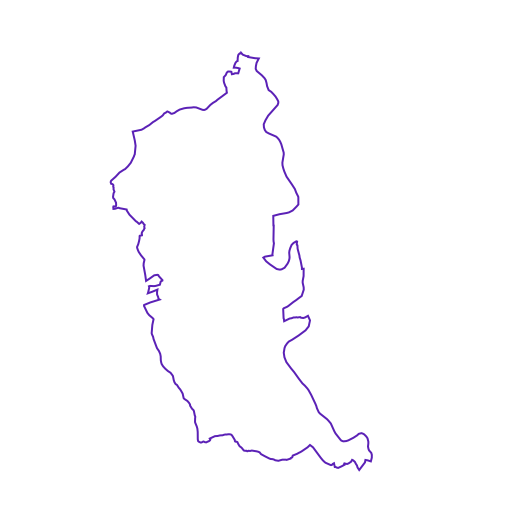 Noslac, Alba, Romania, rotated 103°
{"feature_id": "2599482B66664131902378", "entity_name": "Noslac", "entity_type": "district", "adm_level": 2, "iso_a3": "ROU", "parent_name": "Romania", "parent_adm1": "Alba", "projection": "robinson", "projection_center": [23.98, 46.411], "detail": "fine", "context": "isolated", "style": "outline", "palette": "violet", "viewbox_px": 512, "rotation_deg": 103, "n_neighbors": 0, "source": "geoboundaries", "source_scale": "gbopen_adm2", "svg_char_len": 6098}
<svg xmlns="http://www.w3.org/2000/svg" viewBox="0 0 512 512"><g transform="rotate(103 256 256)"><path d="M210.3,410.6L215.1,414.0L215.7,414.2L216.8,414.2L218.2,413.4L218.2,412.3L218.4,411.7L218.8,411.1L219.4,410.8L220.7,410.7L221.2,410.2L223.1,409.8L225.2,408.4L226.9,408.9L230.6,408.6L231.8,408.0L232.6,406.7L235.5,404.4L237.9,403.7L238.9,403.7L239.3,404.2L239.7,406.0L240.4,406.1L242.2,405.5L241.7,404.0L240.3,401.7L239.9,400.8L240.1,399.7L239.8,392.5L240.8,392.1L244.2,388.6L249.2,380.8L249.4,380.0L251.0,377.1L249.6,375.8L248.2,375.2L249.1,373.6L250.2,372.5L250.7,371.5L252.7,371.5L254.0,370.8L254.8,371.1L255.8,371.2L257.3,372.0L258.6,372.4L259.6,372.5L260.3,372.1L261.5,371.8L262.4,373.8L262.7,373.9L265.0,373.4L267.9,373.3L271.0,373.4L273.9,373.9L274.7,373.7L276.8,372.4L278.4,371.2L281.2,368.2L284.4,364.0L284.9,363.8L288.3,363.8L290.7,363.4L299.5,359.6L305.0,357.5L302.1,354.7L297.7,350.8L296.5,347.8L296.6,346.9L297.4,346.3L300.6,341.7L301.1,341.7L301.8,342.7L302.4,343.1L305.6,343.2L307.7,347.0L308.3,348.6L309.0,352.5L309.6,353.5L310.5,353.0L311.2,352.9L315.6,352.9L316.7,353.0L314.2,349.1L310.9,344.5L313.5,344.3L315.8,343.7L318.0,342.1L319.6,341.4L320.1,340.1L325.0,348.5L328.9,354.0L329.8,353.9L335.9,349.0L337.7,346.7L339.8,342.6L340.6,341.6L346.5,341.5L354.7,340.3L355.8,339.7L357.9,338.1L360.0,337.1L367.4,332.2L368.2,331.6L370.4,329.2L372.8,327.4L375.2,326.3L379.0,325.3L381.1,324.4L382.5,323.6L384.4,321.7L386.2,319.1L387.9,316.0L389.0,313.0L391.0,310.6L391.7,309.9L395.5,308.2L397.4,307.0L398.9,305.5L399.3,304.3L399.6,303.8L401.7,301.7L403.0,299.9L404.3,298.6L406.6,296.5L410.8,294.5L411.4,293.6L412.7,290.2L414.1,288.3L415.5,286.9L416.7,286.5L419.2,284.0L420.2,282.3L421.1,281.6L424.9,279.9L426.3,279.0L428.0,278.8L431.3,278.1L432.0,277.8L435.4,275.4L437.4,274.3L440.6,273.2L447.7,271.5L449.3,270.8L449.7,270.2L450.0,269.1L450.2,267.7L449.6,266.7L448.6,265.6L448.6,265.0L448.9,263.9L448.8,262.6L447.8,261.4L447.1,260.3L446.0,259.4L445.2,259.2L444.3,260.0L440.8,255.5L440.0,252.9L438.9,250.7L438.2,248.2L437.4,247.0L436.8,245.7L436.6,244.6L435.9,242.8L435.6,241.3L435.6,240.3L435.8,239.6L436.8,238.4L440.0,235.3L441.1,234.9L441.4,234.6L441.5,234.3L441.3,233.3L441.5,232.3L443.4,230.8L445.1,229.1L445.6,227.8L446.2,226.7L448.2,224.2L448.3,223.7L448.2,222.6L447.9,221.4L448.2,220.8L448.1,220.2L447.5,219.6L447.3,217.9L446.5,216.3L446.3,212.9L446.2,212.0L446.2,210.1L446.5,208.3L447.8,206.7L448.0,206.3L449.2,202.0L450.3,197.5L450.5,196.1L450.2,194.1L450.3,192.7L450.7,191.3L450.5,188.1L449.0,185.4L448.5,184.4L447.7,181.0L447.8,180.5L447.7,180.2L445.6,176.7L445.1,176.7L444.0,175.4L442.2,175.3L439.3,171.2L438.3,170.2L437.4,169.0L436.1,167.6L430.8,162.7L428.0,160.9L429.6,157.4L437.9,147.7L440.0,145.0L441.2,143.0L441.8,141.8L442.9,136.1L442.7,135.4L442.3,134.9L441.4,134.5L440.4,133.4L443.8,131.8L443.6,131.3L444.0,129.7L444.0,128.3L441.7,125.3L439.6,122.9L439.2,123.4L438.2,123.2L438.2,120.9L438.1,120.3L437.2,119.1L435.1,117.1L433.0,116.5L433.2,115.5L434.3,113.4L436.3,111.7L437.4,110.5L439.2,109.5L441.3,107.3L432.6,103.4L430.1,103.5L430.0,101.2L430.3,97.9L426.5,97.8L423.7,98.4L421.9,99.4L420.0,102.1L418.7,103.0L416.5,104.0L413.2,104.4L411.6,104.8L408.6,106.3L407.6,107.3L406.8,108.3L405.4,110.6L405.0,112.2L404.9,113.4L406.2,115.9L408.0,117.1L411.2,120.2L414.9,124.6L416.0,126.4L416.9,129.0L416.9,130.1L416.6,131.5L416.0,132.4L411.0,138.6L409.1,140.3L402.4,145.4L401.7,146.3L400.2,148.3L399.0,150.1L395.2,158.1L394.1,159.7L390.6,162.4L388.6,163.5L386.5,165.0L378.9,171.0L374.9,174.6L373.5,176.2L371.3,179.3L369.7,182.1L365.9,186.7L360.5,192.8L357.6,196.6L352.6,202.5L348.3,205.5L344.0,207.2L339.2,207.5L337.1,207.2L334.1,206.0L332.0,204.8L329.5,202.0L323.9,196.6L317.3,191.0L312.7,188.8L306.6,188.9L302.6,191.9L304.8,194.3L305.8,196.0L306.0,198.4L305.6,199.2L306.6,201.8L306.6,202.9L307.1,204.0L307.4,205.5L308.6,207.3L309.4,209.2L313.2,213.9L311.2,214.6L310.5,215.1L301.5,217.6L300.7,217.2L298.6,214.4L297.5,213.3L292.5,209.3L289.9,206.9L287.1,204.6L284.7,202.5L278.1,201.9L275.8,202.5L271.6,204.5L269.8,204.9L264.9,205.1L257.7,206.7L258.3,208.3L256.8,208.7L250.3,211.6L247.7,213.1L245.8,213.8L240.7,216.5L239.5,217.1L236.4,218.0L236.0,218.3L235.9,218.7L235.3,219.0L232.7,219.2L232.6,220.0L234.9,222.4L237.2,223.8L240.6,224.4L243.3,224.6L245.3,224.4L249.7,223.0L251.4,222.8L253.7,222.9L256.3,223.5L261.0,225.5L263.2,228.0L263.9,229.6L264.0,231.4L264.0,233.0L261.0,240.6L258.9,244.9L255.9,248.5L254.6,247.1L251.6,240.0L250.6,240.4L239.6,241.4L238.0,242.1L236.0,242.7L222.3,245.6L222.3,245.9L213.0,248.2L210.0,242.5L207.2,235.8L206.1,233.7L203.4,230.5L198.7,227.6L196.3,226.3L189.5,227.9L188.7,228.2L185.3,231.0L182.0,233.2L178.3,237.0L171.8,244.1L167.3,247.4L164.7,249.0L161.6,250.6L159.1,251.3L150.8,251.8L149.0,252.3L141.4,256.5L139.1,258.2L137.4,259.8L135.8,262.0L135.1,263.4L133.7,271.0L132.9,273.9L131.3,275.7L128.9,277.2L125.9,278.1L121.6,277.3L116.5,275.7L104.0,268.9L101.8,268.7L100.3,269.1L98.3,270.8L96.3,272.8L94.3,275.5L92.6,278.1L91.5,281.0L88.0,283.4L85.2,284.6L82.4,286.1L80.8,287.7L78.6,291.0L75.6,296.9L73.7,298.4L71.1,298.8L67.7,298.9L62.9,297.7L63.5,301.5L63.9,308.4L63.0,308.5L63.4,310.4L62.8,314.2L61.3,316.3L62.1,316.4L62.2,317.4L62.8,317.8L63.8,318.4L64.4,318.5L66.9,318.4L70.1,317.8L70.3,318.2L71.2,318.9L72.6,319.5L75.6,320.0L77.5,320.0L77.0,317.9L76.9,315.6L77.0,314.1L82.0,314.4L82.6,317.3L83.0,318.2L83.5,318.5L84.3,320.4L82.1,321.4L82.0,321.9L82.5,324.7L83.8,325.7L86.5,326.2L89.0,327.6L92.5,326.9L93.7,326.4L94.8,325.8L97.6,323.9L98.5,322.8L101.8,321.8L103.5,321.1L112.4,328.7L114.1,329.9L116.5,332.4L119.1,334.5L123.7,337.2L124.8,338.4L125.4,339.4L125.6,340.9L124.7,347.7L125.1,350.2L125.9,352.3L127.2,356.7L128.3,359.4L130.5,363.3L132.8,365.8L135.0,367.7L136.4,370.0L136.3,371.3L135.7,372.2L135.1,374.8L135.5,375.4L136.5,376.0L137.7,377.5L140.0,378.5L141.4,379.6L147.2,384.9L148.7,386.5L152.4,389.4L155.6,392.8L156.9,393.9L158.7,395.9L162.5,404.1L170.7,400.1L175.7,398.1L184.3,397.0L185.4,397.3L186.3,397.3L193.4,399.0L197.5,401.0L200.8,403.1L201.7,404.2L205.4,407.8L210.3,410.6Z" fill="none" stroke="#5b21b6" stroke-width="2"/></g></svg>